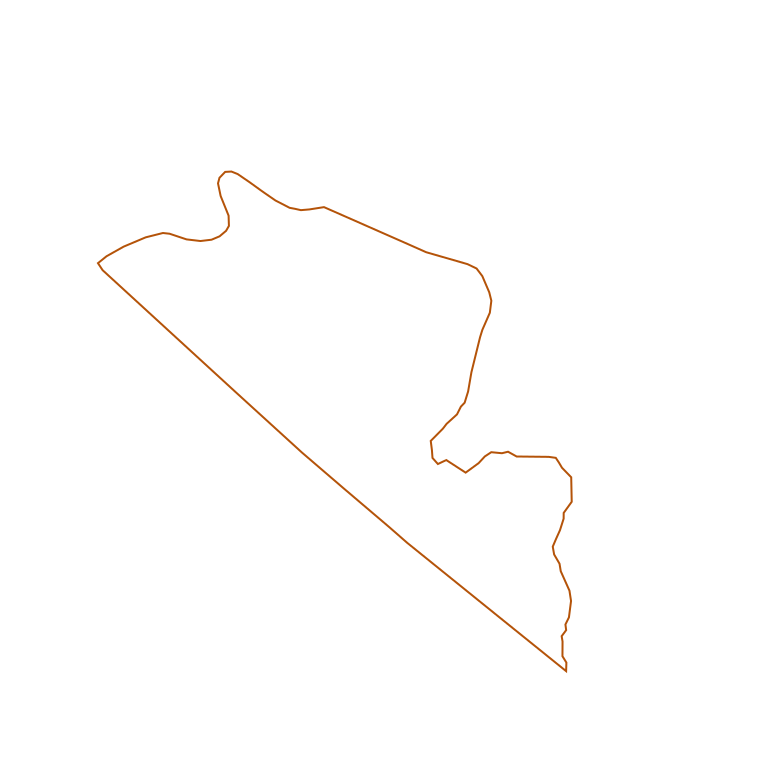 outline of Duque Bacelar, Maranhão, Brazil, rotated 212°
{"feature_id": "56859067B60806377662282", "entity_name": "Duque Bacelar", "entity_type": "district", "adm_level": 2, "iso_a3": "BRA", "parent_name": "Brazil", "parent_adm1": "Maranhão", "projection": "mercator", "projection_center": [-43.029, -4.104], "detail": "fine", "context": "isolated", "style": "outline", "palette": "amber", "viewbox_px": 768, "rotation_deg": 212, "n_neighbors": 0, "source": "geoboundaries", "source_scale": "gbopen_adm2", "svg_char_len": 1227}
<svg xmlns="http://www.w3.org/2000/svg" viewBox="0 0 768 768"><g transform="rotate(212 384 384)"><path d="M77.4,237.0L81.7,244.4L88.4,247.7L96.1,260.2L99.7,264.3L99.1,271.8L102.7,276.2L103.5,284.1L110.4,299.1L117.2,307.0L134.9,318.9L139.9,324.6L149.4,329.6L154.7,335.5L156.0,343.8L157.3,353.3L160.3,365.0L163.3,369.9L162.4,383.6L175.8,404.1L188.7,407.3L194.1,410.1L199.2,412.4L205.7,409.5L233.1,392.8L242.9,392.3L247.3,387.8L256.9,383.0L260.1,376.0L261.8,367.1L267.8,352.1L290.9,352.5L295.9,344.7L303.7,347.0L308.3,353.3L314.2,360.5L310.4,377.3L309.8,383.4L306.0,396.9L306.8,405.6L305.7,410.9L308.7,422.2L316.1,440.3L327.3,474.5L329.3,482.1L332.0,500.5L337.1,511.5L343.3,517.5L357.8,527.6L366.7,531.0L376.7,529.9L418.1,518.1L438.0,515.3L528.6,502.2L539.8,492.5L546.6,487.4L552.3,485.4L557.4,483.4L573.3,482.1L586.3,482.7L591.7,483.0L605.0,483.9L619.4,484.5L626.0,483.3L631.1,479.7L632.8,471.7L631.1,466.2L622.2,456.9L605.0,444.4L599.3,435.9L599.1,430.2L601.7,422.1L606.7,415.0L615.4,408.0L628.1,402.0L645.5,397.8L651.5,394.9L663.8,382.1L677.6,362.5L687.0,345.3L690.6,334.9L682.9,331.4L505.5,298.5L417.3,282.4L362.8,274.1L303.7,265.4L280.2,261.6L167.5,247.9L77.4,237.0Z" fill="none" stroke="#b45309" stroke-width="2"/></g></svg>